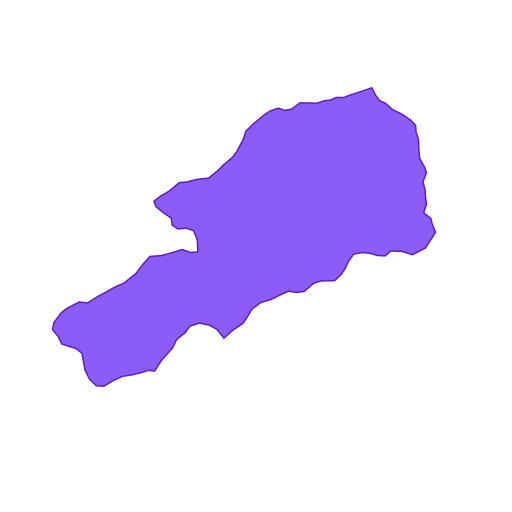 Santana da Ponte Pensa, São Paulo, Brazil (Natural Earth projection), rotated 227°
{"feature_id": "56859067B61515541575492", "entity_name": "Santana da Ponte Pensa", "entity_type": "district", "adm_level": 2, "iso_a3": "BRA", "parent_name": "Brazil", "parent_adm1": "São Paulo", "projection": "natural_earth1", "projection_center": [-50.796, -20.251], "detail": "fine", "context": "isolated", "style": "filled", "palette": "violet", "viewbox_px": 512, "rotation_deg": 227, "n_neighbors": 0, "source": "geoboundaries", "source_scale": "gbopen_adm2", "svg_char_len": 1652}
<svg xmlns="http://www.w3.org/2000/svg" viewBox="0 0 512 512"><g transform="rotate(227 256 256)"><path d="M340.9,56.9L332.3,56.5L324.0,53.9L311.0,61.3L303.5,62.4L289.4,53.2L279.4,50.2L270.0,50.7L264.5,56.0L262.2,67.0L258.9,76.6L253.7,84.1L249.1,92.2L245.9,99.1L241.0,103.4L244.1,115.4L245.7,132.2L249.1,141.2L248.2,151.7L249.8,159.8L245.5,168.9L237.1,174.8L228.8,177.4L217.8,176.5L217.5,189.0L215.6,200.9L217.7,209.3L219.9,216.5L218.7,227.9L214.1,236.9L211.0,247.4L207.9,256.2L201.8,260.6L197.2,267.1L196.7,279.6L193.2,286.8L188.9,291.5L184.4,296.6L184.4,305.4L185.9,312.3L188.9,319.6L190.8,328.7L185.9,336.3L179.5,341.7L173.8,345.0L168.0,350.5L167.7,358.1L159.9,365.8L150.3,371.2L146.3,385.4L150.9,403.6L158.9,406.5L164.4,409.5L173.2,408.0L177.6,416.0L184.2,420.7L188.7,424.6L196.3,428.6L200.6,437.4L206.1,439.9L215.6,442.2L223.6,448.3L230.4,454.3L237.3,457.4L242.7,461.8L249.7,461.8L259.8,459.6L270.0,455.7L279.8,454.8L285.3,452.3L292.0,453.1L300.0,455.5L304.1,446.2L309.6,434.6L312.0,428.3L317.2,422.9L319.4,416.7L323.1,411.6L326.2,404.8L338.0,392.7L339.2,382.1L342.9,376.3L349.1,373.0L352.7,364.4L353.7,356.6L354.4,344.0L354.3,333.8L350.1,326.5L345.4,312.9L344.2,305.7L344.8,294.8L344.5,286.4L345.4,274.5L353.1,263.9L357.2,255.9L362.0,250.0L362.7,236.6L364.8,227.6L365.7,218.8L360.2,216.5L352.1,217.6L341.4,219.8L335.9,215.8L329.2,217.2L324.0,223.9L317.0,227.6L308.0,224.2L298.6,216.2L303.4,210.4L311.1,206.4L315.4,197.4L320.9,187.0L328.0,178.1L327.0,166.8L325.1,156.5L326.2,140.8L329.4,132.2L331.7,122.4L334.3,112.5L336.6,100.8L342.9,95.4L346.7,82.0L347.3,75.0L345.1,62.7L340.9,56.9Z" fill="#8b5cf6" stroke="#5b21b6" stroke-width="1.5"/></g></svg>